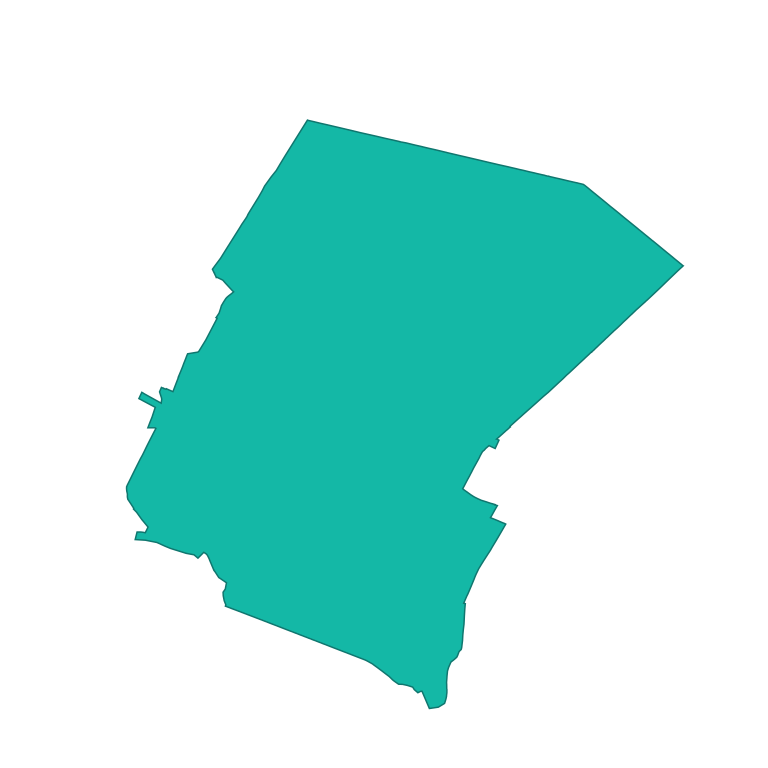 outline of Loon op Zand, Noord-Brabant, Netherlands, rotated 119°
{"feature_id": "6326949B71510094074769", "entity_name": "Loon op Zand", "entity_type": "district", "adm_level": 2, "iso_a3": "NLD", "parent_name": "Netherlands", "parent_adm1": "Noord-Brabant", "projection": "natural_earth1", "projection_center": [5.048, 51.641], "detail": "fine", "context": "isolated", "style": "filled", "palette": "teal", "viewbox_px": 768, "rotation_deg": 119, "n_neighbors": 0, "source": "geoboundaries", "source_scale": "gbopen_adm2", "svg_char_len": 6123}
<svg xmlns="http://www.w3.org/2000/svg" viewBox="0 0 768 768"><g transform="rotate(119 384 384)"><path d="M190.3,578.9L232.1,581.1L242.1,581.5L249.5,581.7L257.6,583.1L268.7,584.4L273.9,584.2L281.3,584.3L298.3,585.1L301.5,585.2L303.9,585.0L307.1,585.2L308.0,585.3L313.3,585.8L316.4,585.9L318.4,586.0L341.4,587.3L353.1,587.9L362.7,589.2L366.8,589.7L368.9,586.8L368.8,586.7L369.1,586.1L369.4,586.1L371.3,583.4L372.2,582.3L371.8,582.0L371.6,581.2L371.3,575.4L372.8,571.2L375.7,562.4L376.3,560.2L378.9,561.2L382.4,562.7L384.6,563.5L386.2,563.8L390.7,564.1L392.4,564.1L394.2,564.2L397.7,563.4L402.0,562.6L406.9,563.0L407.4,563.1L407.4,561.8L431.8,561.2L445.2,561.8L446.4,562.3L448.5,565.0L452.8,570.4L455.5,570.1L457.5,569.8L459.0,569.6L459.7,569.5L463.0,569.1L466.1,568.6L468.4,568.3L472.7,567.8L473.7,567.7L474.5,567.6L477.4,567.3L477.3,567.1L484.6,566.1L493.0,564.9L493.1,565.8L493.7,572.2L494.3,572.2L494.6,573.6L494.5,574.6L494.8,574.6L494.8,575.5L494.9,577.0L499.7,576.5L503.9,572.0L505.1,571.0L508.8,569.6L508.8,588.6L508.8,589.3L508.7,590.1L508.7,590.9L508.7,591.8L509.9,591.7L515.6,591.3L515.3,572.7L515.6,572.7L525.5,570.8L530.4,570.2L536.8,569.3L533.4,563.2L533.4,562.0L535.7,561.9L537.1,561.9L548.8,561.5L553.8,561.3L559.0,561.0L563.3,560.8L567.3,560.8L574.9,560.5L583.8,560.1L591.9,559.7L596.7,559.5L598.7,559.3L600.4,558.4L602.2,557.2L604.6,555.1L607.2,553.7L609.0,552.2L610.4,549.5L611.7,547.0L614.1,542.5L614.8,542.5L616.1,538.2L616.3,537.8L620.0,530.0L621.0,527.4L623.3,521.6L623.5,521.0L629.8,520.7L630.4,522.5L630.5,522.8L631.1,524.3L631.5,525.2L631.8,525.7L632.2,526.4L633.2,528.2L640.7,526.2L636.3,517.0L632.7,505.8L632.0,496.9L631.3,490.9L628.0,474.9L625.5,467.4L626.5,462.3L618.6,460.0L618.7,458.3L618.8,457.3L618.9,456.6L619.0,456.5L619.1,456.2L619.5,455.3L621.7,452.1L621.8,451.9L622.2,451.6L629.3,442.6L629.2,442.5L629.6,442.1L629.7,441.8L630.2,440.6L633.4,434.6L633.4,434.0L634.2,425.4L640.3,423.4L644.1,423.8L647.2,421.9L651.0,418.7L653.8,415.3L655.2,415.0L650.7,383.8L634.5,266.6L634.4,264.3L634.4,258.2L634.6,257.4L634.9,254.9L635.2,252.4L635.5,250.2L635.9,247.3L636.3,244.6L636.7,242.0L637.3,237.7L637.8,235.8L638.6,233.0L638.9,231.2L639.5,225.7L637.7,222.2L636.3,217.5L635.7,214.6L635.2,211.9L636.6,209.4L637.6,204.7L635.1,203.0L634.4,202.0L634.3,201.8L645.8,187.0L640.3,179.8L636.3,177.5L634.0,176.2L632.8,176.4L630.0,177.0L628.5,177.4L626.9,177.9L625.6,178.5L623.6,179.3L622.7,179.8L620.8,180.8L620.1,181.4L618.7,182.2L616.6,183.4L614.7,184.6L612.1,185.8L611.0,186.3L608.7,187.4L606.1,188.5L604.3,189.3L600.6,190.1L595.4,190.6L594.8,190.6L594.1,190.4L592.8,189.8L590.3,188.8L588.0,188.0L587.6,187.9L585.7,188.0L581.9,188.6L580.4,188.3L579.8,188.1L579.0,187.8L578.1,187.9L576.5,188.4L573.9,189.5L570.4,190.9L565.5,193.3L560.7,195.4L559.5,195.9L555.3,197.6L547.8,201.3L541.7,204.2L537.0,206.3L536.7,206.4L537.1,208.0L528.9,208.8L527.7,208.8L524.5,209.1L517.9,209.8L510.9,210.6L508.9,210.9L506.1,211.2L504.6,211.3L499.6,211.6L492.3,211.3L491.8,211.2L490.6,211.2L487.8,211.0L483.1,210.7L477.7,210.3L474.6,210.3L466.7,210.0L458.6,209.8L447.5,209.6L447.5,210.1L447.6,211.5L447.8,212.7L448.2,216.4L448.2,216.9L448.6,220.4L448.8,222.0L449.3,226.1L447.2,226.0L443.1,226.0L440.6,226.0L435.4,225.9L435.7,227.3L436.0,228.4L435.6,228.4L436.2,231.2L436.6,232.7L436.9,234.2L437.5,237.5L437.9,239.5L438.2,240.9L438.6,242.8L438.6,243.1L438.8,245.7L438.9,246.5L438.9,247.9L439.0,248.5L439.0,251.2L438.9,252.5L438.8,253.9L438.8,254.4L438.6,255.8L438.5,256.6L438.3,258.4L438.2,259.3L438.1,260.2L437.9,262.0L437.6,263.6L437.4,264.4L434.3,264.4L431.7,264.5L431.2,264.5L427.2,264.6L423.5,264.6L423.2,264.6L420.5,264.7L418.9,264.7L418.6,264.7L417.0,264.8L416.5,264.8L413.8,264.9L412.5,264.9L410.1,264.9L406.6,264.9L405.1,264.9L403.6,264.9L403.1,264.9L401.5,265.0L400.1,265.1L399.2,265.1L397.9,265.1L396.1,265.1L395.3,265.0L394.9,264.9L394.1,264.6L393.1,264.2L391.6,263.9L391.3,263.9L390.8,263.7L387.0,262.3L386.5,255.5L382.9,255.8L381.5,255.9L377.4,256.2L377.5,258.3L377.4,258.5L377.5,258.8L373.7,257.4L373.1,257.2L365.8,254.7L363.8,253.9L361.3,253.1L360.5,252.8L360.3,252.7L360.0,253.3L358.8,252.9L352.7,250.8L351.0,250.2L350.1,249.9L348.1,249.2L345.3,248.2L343.2,247.5L338.4,245.8L331.6,243.4L327.1,241.8L321.8,240.0L317.5,238.5L314.1,237.2L313.5,237.0L311.8,236.3L310.8,236.0L309.3,235.5L296.7,231.4L294.7,230.7L293.7,230.4L292.9,230.1L287.7,228.6L285.0,227.6L281.0,226.3L271.9,223.4L265.3,221.2L263.3,220.6L258.1,218.9L257.7,218.8L255.5,218.1L255.5,217.8L254.4,217.6L253.6,217.3L252.9,217.0L250.7,216.4L247.6,215.4L246.6,215.1L245.9,214.9L242.8,213.9L241.8,213.6L241.0,213.3L239.1,212.7L236.3,211.9L236.0,211.8L235.0,211.4L233.3,210.9L230.4,210.0L227.9,209.2L227.1,208.9L226.2,208.7L225.5,208.4L221.1,206.9L217.6,205.8L213.5,204.6L208.6,203.0L205.0,201.9L201.4,200.7L196.8,199.3L194.0,198.3L191.3,197.4L188.7,196.5L185.3,195.3L184.2,195.0L182.9,194.5L175.1,192.0L166.3,189.2L155.1,185.8L142.5,181.9L135.6,179.6L135.6,179.8L133.3,192.3L132.1,198.6L132.1,198.9L130.3,208.6L128.5,218.3L128.5,218.8L127.3,225.1L126.9,227.5L125.6,234.7L125.3,236.5L125.1,237.2L124.1,242.9L123.8,244.4L123.8,244.7L122.9,249.6L122.0,254.7L121.1,259.6L120.8,260.7L120.8,261.1L119.9,266.1L118.8,272.6L117.4,280.0L116.5,285.0L114.9,294.0L114.2,297.8L113.7,300.3L112.9,305.0L112.8,306.5L113.7,309.8L114.2,311.4L114.2,311.7L114.5,312.7L115.0,314.3L115.9,317.4L117.0,321.2L118.5,326.6L119.6,330.5L120.7,334.2L121.3,336.4L122.1,339.1L122.4,340.7L122.5,340.7L122.9,341.8L123.3,343.3L123.8,345.6L124.0,346.0L124.4,347.4L125.9,352.6L126.6,355.2L127.8,359.2L128.0,359.9L129.6,365.8L130.9,370.1L131.7,373.1L133.0,377.6L134.0,381.2L135.3,385.6L136.7,390.3L137.7,393.9L138.8,397.7L139.6,400.5L141.5,407.3L144.1,416.5L146.1,423.6L147.7,429.1L149.3,434.8L149.8,436.6L151.0,440.8L151.1,441.4L151.2,441.7L151.8,443.8L153.0,448.2L154.4,453.2L156.2,459.3L157.7,464.7L158.0,465.9L160.1,473.1L161.3,477.5L162.4,481.5L163.5,484.8L164.4,487.3L164.3,487.5L168.6,502.2L171.1,511.1L173.6,519.6L175.8,527.1L176.2,528.6L181.8,548.6L184.9,559.5L186.8,566.0L188.8,573.3L190.1,577.8L190.2,578.3L190.3,578.9Z" fill="#14b8a6" stroke="#0f766e" stroke-width="1.5"/></g></svg>